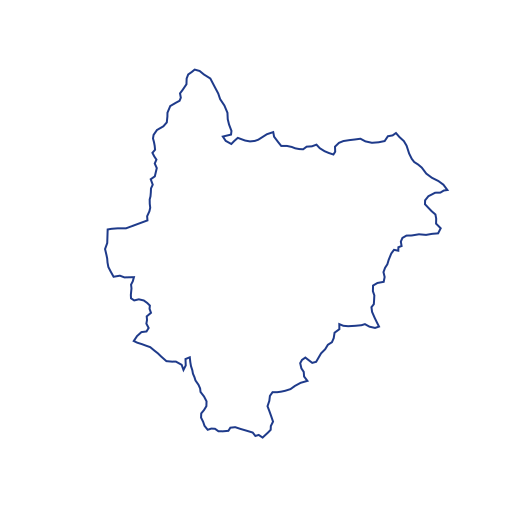 outline of Bragança Paulista, São Paulo, Brazil, rotated 299°
{"feature_id": "56859067B47210019217974", "entity_name": "Bragança Paulista", "entity_type": "district", "adm_level": 2, "iso_a3": "BRA", "parent_name": "Brazil", "parent_adm1": "São Paulo", "projection": "robinson", "projection_center": [-46.559, -22.936], "detail": "fine", "context": "isolated", "style": "outline", "palette": "blue", "viewbox_px": 512, "rotation_deg": 299, "n_neighbors": 0, "source": "geoboundaries", "source_scale": "gbopen_adm2", "svg_char_len": 3438}
<svg xmlns="http://www.w3.org/2000/svg" viewBox="0 0 512 512"><g transform="rotate(299 256 256)"><path d="M400.8,386.5L404.3,388.5L406.5,391.4L409.2,385.4L410.0,379.2L409.7,371.9L410.6,365.0L413.7,358.1L414.6,353.5L414.9,348.8L416.5,345.1L419.9,340.2L423.1,336.8L425.5,334.2L428.2,329.6L429.6,323.7L431.4,318.8L427.7,317.0L424.7,313.3L418.9,312.8L414.9,308.1L411.2,302.5L409.3,296.1L409.2,290.5L405.7,285.8L402.7,281.6L398.9,276.7L395.2,273.7L389.9,272.1L385.6,274.7L382.3,274.5L381.4,269.8L380.9,265.1L381.2,259.5L382.7,254.9L379.0,251.7L376.2,247.3L372.2,245.5L370.5,242.0L369.2,238.1L368.7,234.4L367.3,229.8L364.5,224.7L366.3,220.3L369.1,214.0L372.7,211.0L367.8,206.5L358.8,201.6L356.1,199.2L353.3,195.2L351.7,190.5L350.5,182.8L346.0,181.2L342.0,180.1L342.0,173.7L344.4,169.1L350.1,175.3L353.5,173.9L358.0,168.6L361.9,165.0L367.4,161.6L372.3,155.4L375.8,148.6L379.8,144.2L383.5,138.5L389.1,130.0L389.5,122.5L390.5,117.0L389.3,112.0L385.8,110.6L381.9,108.7L377.6,109.3L372.5,111.9L365.7,111.3L361.4,110.7L358.0,113.5L354.7,113.9L351.0,111.5L345.6,108.3L338.4,109.1L335.0,110.9L329.6,113.2L324.5,112.1L318.2,108.3L312.3,107.7L308.9,108.9L306.1,111.6L303.2,114.0L300.0,116.2L296.0,115.4L293.8,118.7L292.0,122.2L287.8,122.6L284.8,126.6L281.2,127.6L276.6,128.9L272.1,126.7L268.3,131.1L264.2,131.4L260.6,133.2L257.0,134.8L253.9,135.6L250.1,137.8L246.9,140.1L243.4,141.1L238.0,141.5L234.5,143.8L217.1,128.8L213.0,121.4L209.7,116.4L207.3,113.4L199.1,117.6L195.2,119.6L188.9,120.6L184.4,124.7L181.6,127.1L178.3,129.3L174.8,132.2L172.1,136.2L168.8,141.5L172.8,146.5L173.5,151.3L176.2,155.9L178.3,159.5L174.1,160.5L170.4,160.6L167.3,162.8L161.3,165.4L158.4,167.2L158.1,171.0L161.3,174.5L162.7,179.4L162.2,183.6L161.2,187.2L158.2,188.5L155.4,191.7L150.2,189.7L147.2,191.7L143.7,192.9L141.0,197.0L136.9,196.8L133.9,192.7L128.4,190.8L122.4,190.3L122.6,194.1L123.6,199.0L124.3,203.6L125.0,207.7L124.0,213.0L123.3,217.4L122.1,221.8L120.6,228.6L122.9,233.8L124.8,237.1L124.8,243.7L121.2,247.8L126.2,247.6L131.7,244.3L135.3,247.2L131.3,250.0L128.2,252.5L125.2,255.7L122.5,257.9L120.2,260.9L117.8,263.4L115.5,268.1L113.1,271.3L110.2,273.4L107.9,278.7L104.9,283.2L100.6,285.4L96.0,285.2L91.8,284.4L88.0,286.3L85.4,290.1L82.5,293.3L80.6,298.0L83.4,300.6L85.0,303.9L84.5,308.1L86.6,312.0L89.7,316.6L93.4,316.8L96.2,320.8L97.2,326.1L98.8,333.2L100.0,338.7L98.3,342.7L100.8,345.1L100.4,349.8L103.5,350.8L107.4,352.1L111.1,353.1L114.5,351.4L119.4,351.2L123.3,346.9L126.9,342.8L130.2,338.9L135.7,337.9L140.4,336.0L144.9,336.5L147.1,340.5L149.5,343.7L152.2,346.8L156.3,350.7L161.2,353.0L166.7,356.5L171.7,361.5L173.9,356.5L177.8,353.9L179.7,350.2L183.7,346.6L187.4,346.6L191.1,348.4L190.5,352.2L189.8,357.0L192.6,359.9L202.4,360.1L208.0,361.7L213.2,361.9L217.4,364.2L221.8,363.8L227.0,361.9L232.4,364.4L236.8,361.9L237.3,366.2L239.3,370.7L243.1,376.7L246.6,381.8L249.2,384.3L249.2,389.5L250.8,395.0L253.9,397.8L256.7,393.7L259.5,389.7L263.4,384.6L267.2,381.8L271.0,382.4L274.4,380.8L278.9,378.6L281.9,375.3L286.9,372.7L291.3,375.3L295.3,380.2L300.0,378.7L303.7,375.3L308.3,374.6L312.4,374.9L317.0,373.9L323.8,373.1L328.3,373.7L329.6,377.9L332.7,376.3L335.3,378.5L338.8,375.7L342.8,375.3L346.8,377.7L349.4,382.2L354.0,388.0L356.9,394.5L360.7,399.2L364.1,404.3L369.8,404.1L371.6,397.8L376.0,395.5L379.3,392.8L380.3,388.0L381.6,383.8L383.2,378.7L386.7,376.9L391.9,377.8L395.0,379.9L398.2,382.0L400.8,386.5Z" fill="none" stroke="#1e3a8a" stroke-width="2"/></g></svg>